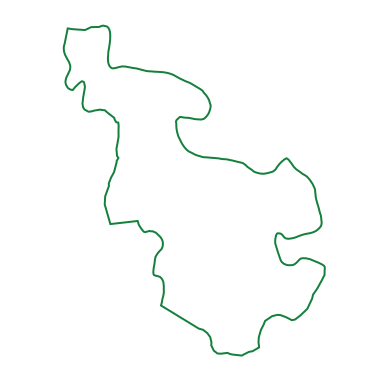 Chique/Blanchard, Vieux Fort, Saint Lucia (Equal Earth projection), rotated 184°
{"feature_id": "8701671B68891744403519", "entity_name": "Chique/Blanchard", "entity_type": "district", "adm_level": 2, "iso_a3": "LCA", "parent_name": "Saint Lucia", "parent_adm1": "Vieux Fort", "projection": "equal_earth", "projection_center": [-60.95, 13.801], "detail": "fine", "context": "isolated", "style": "outline", "palette": "green", "viewbox_px": 384, "rotation_deg": 184, "n_neighbors": 0, "source": "geoboundaries", "source_scale": "gbopen_adm2", "svg_char_len": 5955}
<svg xmlns="http://www.w3.org/2000/svg" viewBox="0 0 384 384"><g transform="rotate(184 192 192)"><path d="M61.1,173.9L61.3,175.1L61.5,176.0L61.9,177.8L63.0,180.3L63.7,182.5L64.2,184.1L64.8,185.7L65.6,187.8L66.3,189.7L66.9,191.4L67.4,192.8L67.9,194.4L68.3,196.1L68.4,196.8L68.7,198.5L69.0,200.3L69.1,200.7L69.3,202.3L69.8,203.9L70.5,205.3L72.3,208.5L75.7,212.8L78.3,215.3L80.1,216.4L81.3,217.0L83.2,217.9L84.8,219.0L86.5,220.1L88.0,220.9L89.7,222.0L90.2,222.4L91.3,223.4L92.1,224.1L93.1,225.3L94.4,227.0L95.0,227.7L95.9,228.8L96.9,229.8L97.6,230.6L98.6,231.4L99.5,232.0L100.3,232.1L100.9,231.7L102.0,231.0L104.7,228.4L105.4,227.6L106.6,226.2L108.3,223.7L108.7,223.1L109.1,222.5L109.4,221.9L110.2,220.4L110.6,219.9L112.3,218.3L113.0,217.9L115.0,217.1L118.0,216.1L119.9,215.6L121.7,215.2L123.4,215.1L125.0,215.2L126.3,215.3L128.4,215.7L130.7,216.3L132.1,216.9L134.0,218.4L135.7,219.3L138.4,220.9L140.2,222.5L141.6,223.4L142.7,224.1L143.7,224.5L144.3,224.6L146.1,224.9L146.6,225.0L149.2,225.4L153.7,226.2L159.5,227.0L164.4,227.0L168.1,227.4L172.3,227.5L176.3,227.5L179.5,227.6L181.8,227.5L183.4,227.6L185.2,227.9L186.7,228.3L187.3,228.4L189.5,228.9L191.3,229.4L194.0,230.6L195.6,231.3L197.3,231.9L198.7,232.7L199.6,233.3L200.8,234.3L202.0,235.5L203.0,236.5L204.8,238.8L206.0,240.6L206.9,242.1L208.0,244.0L208.9,245.5L209.9,247.5L210.7,249.8L211.2,251.5L211.8,253.8L212.1,255.5L212.3,257.3L212.5,259.5L212.9,261.0L212.5,262.6L211.9,263.3L211.0,264.2L210.7,264.6L210.5,264.9L209.3,265.9L208.0,266.1L207.6,266.0L206.2,265.8L205.5,265.7L200.1,265.7L194.0,264.9L190.2,264.9L188.5,264.9L187.6,265.0L186.4,265.4L185.5,265.7L184.8,266.3L183.7,267.3L182.8,268.5L182.3,269.2L181.4,270.6L181.1,271.2L180.5,272.8L180.1,274.1L179.9,275.1L179.7,276.0L179.6,276.4L179.5,277.3L179.4,278.3L179.4,279.1L179.4,279.8L180.1,281.3L180.3,281.9L180.8,283.2L180.9,283.6L181.4,284.8L182.0,285.8L182.2,286.3L182.9,287.2L183.8,288.4L184.7,289.5L185.6,290.4L185.9,290.7L186.4,291.3L187.2,291.9L188.4,293.7L191.2,295.4L194.0,296.8L195.8,297.7L198.5,299.1L200.0,299.9L201.9,300.7L203.9,301.4L205.4,301.8L207.1,302.4L209.0,303.2L210.8,303.9L211.8,304.3L213.2,304.9L214.7,305.6L216.4,306.4L218.1,307.2L218.5,307.4L219.9,307.9L222.6,308.6L224.3,309.0L228.9,309.5L233.9,309.5L238.0,309.4L241.4,309.5L243.3,309.4L245.5,309.5L248.1,309.9L251.3,310.5L255.3,311.3L260.3,311.7L264.6,312.2L267.8,312.5L268.1,312.5L270.5,312.4L273.4,311.6L276.2,310.6L277.7,310.2L279.3,309.8L280.7,310.0L281.9,310.7L282.8,311.6L283.7,312.9L284.3,314.4L284.8,316.2L285.1,318.5L285.2,319.9L285.2,321.7L285.2,323.3L285.2,324.9L285.2,326.3L285.1,327.5L284.9,329.0L284.8,330.0L284.7,331.3L284.5,333.6L284.4,335.5L284.3,337.3L284.3,338.9L284.4,341.3L284.4,341.9L284.5,342.6L284.7,344.3L285.1,346.3L285.5,347.4L285.8,348.1L286.2,348.9L286.5,349.4L287.0,350.0L287.4,350.4L288.1,351.0L289.1,351.3L290.4,351.5L291.7,351.7L292.6,351.7L293.7,351.3L294.4,351.1L295.9,350.2L301.3,349.7L304.2,349.4L310.0,346.1L322.2,346.1L327.4,346.5L329.1,333.3L329.5,330.4L329.9,329.0L330.0,326.6L329.5,323.4L328.2,320.0L324.5,314.1L324.1,313.6L323.8,313.2L323.0,311.3L322.3,309.8L322.1,307.1L322.3,305.2L324.2,300.2L325.3,297.6L325.6,296.1L325.8,294.9L325.9,293.8L325.9,292.6L325.1,290.0L323.1,287.2L322.1,286.5L320.8,285.9L319.5,285.5L318.5,285.4L318.1,285.4L315.8,288.6L312.3,292.5L309.8,294.7L308.7,294.7L307.4,293.9L306.7,291.7L306.1,289.0L306.5,285.1L307.2,278.3L307.4,272.4L306.5,268.8L305.0,266.8L300.9,264.9L299.0,265.1L296.7,265.8L295.6,266.3L289.2,267.8L287.2,267.5L284.7,267.5L282.0,265.4L274.7,260.5L274.2,258.8L272.4,256.3L270.4,256.1L269.8,253.1L269.6,248.3L269.1,241.7L269.8,234.8L270.4,229.7L269.3,222.8L267.8,220.9L269.3,217.7L269.3,216.0L269.6,214.8L271.1,206.5L273.8,200.6L275.6,194.8L275.3,192.1L276.2,189.1L278.3,181.6L278.2,173.5L271.2,154.3L244.2,159.3L243.4,157.2L242.6,155.3L241.2,153.4L239.7,151.5L238.2,149.8L237.1,148.9L235.7,148.7L234.3,149.3L233.2,149.6L231.9,150.2L230.4,149.9L228.5,150.1L227.6,149.7L226.0,149.2L225.2,148.9L223.6,147.6L222.3,146.5L220.2,144.7L218.9,142.9L218.0,141.2L217.5,139.3L217.4,137.1L217.5,135.6L217.9,134.2L218.5,132.8L219.2,132.0L220.2,130.8L221.6,129.0L222.6,127.3L223.8,125.0L224.0,123.9L224.3,121.6L224.3,119.9L224.5,117.1L224.9,113.5L225.0,111.4L225.0,109.1L224.6,107.3L224.2,106.6L222.9,106.1L220.6,105.7L219.6,105.5L217.9,105.0L216.5,103.8L215.4,102.4L214.5,100.7L213.9,98.5L213.8,97.1L213.5,95.8L213.4,93.1L213.1,90.4L213.1,89.2L213.4,86.5L213.7,84.9L214.1,82.8L214.2,81.3L214.5,79.2L214.7,77.9L215.0,76.6L175.7,56.2L171.3,55.3L166.9,52.3L163.7,48.5L162.1,43.4L162.1,40.4L159.2,35.3L155.4,32.7L151.9,32.7L145.3,34.0L143.1,33.1L140.5,32.7L131.0,32.3L126.9,34.8L124.0,36.5L120.5,37.4L114.2,41.7L115.2,46.8L115.2,51.9L113.6,59.2L111.3,64.7L110.1,68.5L103.4,73.7L98.3,75.4L95.2,75.4L89.5,73.7L83.4,71.1L80.3,72.0L75.5,76.2L68.8,83.5L64.7,94.1L64.1,98.0L60.3,104.4L56.2,113.3L54.6,117.2L54.0,118.4L54.1,120.0L54.2,122.8L54.2,125.7L54.4,126.5L55.2,127.6L57.0,128.7L61.4,130.5L65.2,131.7L66.3,132.1L67.5,132.5L69.2,133.1L70.6,133.4L71.6,133.5L73.5,133.8L74.4,133.8L76.4,133.7L77.4,133.6L78.4,133.3L78.7,133.1L79.4,132.8L80.5,131.5L81.7,130.1L82.5,129.1L83.5,128.1L85.0,126.8L86.7,126.1L88.1,125.9L88.9,125.8L90.5,125.7L91.5,125.7L92.7,125.9L94.5,126.5L95.8,127.1L96.9,127.9L97.5,128.4L98.6,129.8L100.1,133.2L100.9,135.1L101.8,137.3L102.8,139.8L105.4,146.6L105.6,148.5L105.6,149.6L105.6,150.8L105.4,152.7L105.2,153.7L105.1,154.5L104.9,155.2L104.2,156.5L103.7,156.7L102.7,156.8L101.5,156.8L100.3,156.5L99.5,156.0L98.8,155.4L98.1,154.7L97.7,154.1L96.7,153.2L96.1,152.7L95.8,152.5L94.6,152.2L92.7,152.0L90.9,152.4L89.6,152.6L89.0,152.8L87.6,153.2L85.9,153.8L83.1,155.1L81.3,156.0L80.3,156.4L77.8,157.4L76.2,157.9L74.8,158.3L72.9,158.8L71.0,159.3L69.6,159.8L68.5,160.2L67.6,160.7L66.6,161.2L65.8,161.7L65.5,161.9L64.6,162.7L63.8,163.4L62.5,164.8L61.6,166.0L60.9,167.2L60.7,168.1L60.5,169.4L60.6,171.1L60.8,172.3L61.0,172.9L61.1,173.9Z" fill="none" stroke="#15803d" stroke-width="2"/></g></svg>